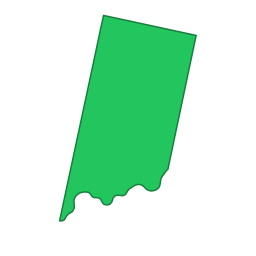 outline of Richardson, Nebraska, United States of America, rotated 102°
{"feature_id": "52423323B40677029402754", "entity_name": "Richardson", "entity_type": "district", "adm_level": 2, "iso_a3": "USA", "parent_name": "United States of America", "parent_adm1": "Nebraska", "projection": "robinson", "projection_center": [-95.464, 40.131], "detail": "fine", "context": "isolated", "style": "filled", "palette": "green", "viewbox_px": 256, "rotation_deg": 102, "n_neighbors": 0, "source": "geoboundaries", "source_scale": "gbopen_adm2", "svg_char_len": 1167}
<svg xmlns="http://www.w3.org/2000/svg" viewBox="0 0 256 256"><g transform="rotate(102 128 128)"><path d="M89.5,175.4L90.6,175.4L213.0,175.6L223.6,175.6L233.0,175.6L233.0,174.8L232.2,172.7L231.9,172.2L231.0,171.2L230.1,170.8L227.0,169.9L224.7,168.6L221.6,165.3L220.9,164.9L218.5,164.1L216.4,164.1L210.7,165.7L209.4,165.8L208.1,165.7L206.8,165.4L204.8,164.5L203.4,163.5L201.5,161.6L200.6,159.9L199.8,158.0L199.1,154.2L199.4,152.8L200.1,151.4L201.2,150.2L202.7,148.6L203.1,146.8L202.8,145.0L202.4,142.3L203.3,140.0L205.6,138.1L206.5,137.4L207.3,136.2L207.7,135.2L207.7,133.5L207.6,132.3L207.0,131.0L206.0,129.6L204.3,128.7L202.8,128.3L199.9,128.1L198.2,127.3L197.0,126.3L196.3,125.3L196.0,124.3L195.6,122.5L195.5,120.0L195.2,118.9L194.7,117.9L193.4,116.6L192.8,116.3L189.2,115.1L187.4,114.1L184.4,111.3L182.8,109.5L181.9,108.1L181.4,107.1L180.9,105.7L180.9,103.9L181.0,102.7L182.3,99.8L183.6,98.0L184.3,96.6L184.7,95.1L184.8,92.8L184.6,91.7L183.9,89.8L182.4,87.4L180.9,86.1L179.9,85.5L178.6,85.1L175.6,84.9L171.1,85.3L169.2,84.9L161.6,81.5L160.0,80.4L23.3,80.6L23.0,175.3L38.7,175.4L61.3,175.4L89.5,175.4Z" fill="#22c55e" stroke="#15803d" stroke-width="1.5"/></g></svg>